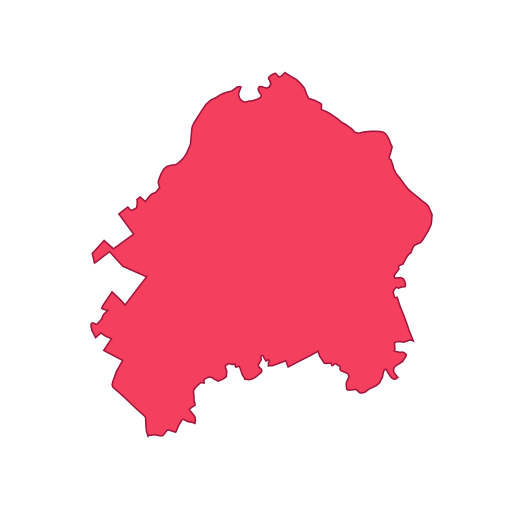 outline of Vinh Yen, Vĩnh Phúc, Vietnam, rotated 340°
{"feature_id": "81297802B55955468315553", "entity_name": "Vinh Yen", "entity_type": "district", "adm_level": 2, "iso_a3": "VNM", "parent_name": "Vietnam", "parent_adm1": "Vĩnh Phúc", "projection": "albers", "projection_center": [105.597, 21.306], "detail": "fine", "context": "isolated", "style": "filled", "palette": "rose", "viewbox_px": 512, "rotation_deg": 340, "n_neighbors": 0, "source": "geoboundaries", "source_scale": "gbopen_adm2", "svg_char_len": 5214}
<svg xmlns="http://www.w3.org/2000/svg" viewBox="0 0 512 512"><g transform="rotate(340 256 256)"><path d="M345.9,93.5L343.1,94.9L341.0,95.6L339.5,95.6L338.6,95.1L338.4,95.0L337.5,92.3L336.5,90.8L335.2,90.8L332.3,91.2L329.6,92.2L328.6,92.9L328.5,94.2L328.8,95.1L328.9,96.0L328.7,97.5L328.7,99.0L329.0,99.6L326.9,100.8L326.5,101.9L325.1,101.6L323.7,102.1L321.6,100.7L319.3,98.8L317.5,98.0L316.1,98.5L315.1,99.8L314.9,100.9L315.3,104.1L316.0,106.1L315.7,107.4L314.5,108.5L311.5,109.1L305.5,108.9L302.0,107.9L299.1,107.9L297.2,106.9L295.4,104.6L294.6,102.1L294.7,99.5L295.2,97.5L296.7,95.5L299.7,92.2L298.7,91.2L296.2,90.7L292.6,91.8L289.7,92.7L287.8,92.5L285.9,92.2L280.3,92.0L276.7,92.5L272.9,93.4L269.0,93.8L267.1,93.9L261.0,96.3L256.2,99.7L251.1,103.6L243.5,109.5L240.5,112.4L239.1,114.8L232.8,128.2L230.8,130.6L225.6,136.0L221.3,139.2L217.0,141.1L213.2,142.5L211.0,142.6L207.1,141.6L202.7,141.4L199.2,142.7L194.7,146.5L191.0,150.8L189.5,152.8L189.0,155.3L189.0,158.6L187.4,159.5L183.5,161.9L181.0,162.0L179.5,162.0L177.2,162.9L170.8,166.9L170.7,167.0L167.3,160.9L163.5,162.1L163.1,164.0L161.8,167.2L160.2,169.9L154.9,170.6L153.6,169.5L152.3,166.1L141.5,169.6L148.5,193.6L124.5,200.5L118.6,189.4L105.6,196.3L103.0,197.6L101.8,207.4L103.4,207.1L117.3,202.6L119.9,201.8L127.4,220.2L146.1,238.1L116.2,257.2L113.7,251.0L108.5,240.5L95.2,250.1L93.0,252.4L94.2,253.8L98.1,256.4L92.9,258.7L91.7,259.7L89.6,262.3L83.6,265.5L82.5,265.6L79.9,263.1L78.9,262.9L78.0,263.3L76.9,265.4L76.4,270.5L77.0,275.2L77.3,277.9L83.9,275.3L85.6,277.7L87.1,279.8L91.9,284.3L84.0,290.1L80.6,292.7L95.0,308.5L85.5,316.6L78.5,325.0L76.9,327.5L76.6,329.3L76.7,330.5L78.4,333.4L83.8,343.5L90.7,357.3L96.8,368.9L96.9,370.1L93.9,379.9L93.7,381.0L93.1,383.3L92.9,388.5L93.9,387.9L95.6,388.4L99.1,389.1L104.7,392.3L106.7,392.9L106.8,392.9L108.4,392.2L111.9,389.9L112.9,389.5L114.1,389.6L115.7,390.6L118.4,392.8L120.3,394.1L126.3,387.9L130.5,384.6L132.2,384.8L134.3,387.3L135.5,388.5L136.9,389.3L139.5,390.8L141.3,392.5L142.7,390.2L143.5,387.0L143.6,386.5L143.5,385.5L142.1,381.4L141.0,378.4L140.9,377.2L144.6,376.0L147.5,375.5L148.3,373.6L148.3,370.7L149.8,366.3L150.6,362.9L151.3,361.0L154.2,359.0L157.3,357.4L161.1,356.1L162.9,357.2L163.7,357.7L164.1,357.2L164.1,355.7L164.6,354.9L165.4,354.2L167.5,353.7L169.7,353.7L171.5,354.0L173.1,355.3L174.2,356.8L177.6,360.7L182.6,360.4L186.8,359.3L188.4,355.8L189.1,354.7L189.2,350.6L189.4,348.9L193.2,347.7L194.4,348.1L196.6,350.0L198.3,350.1L199.4,350.1L199.2,351.4L198.7,352.4L199.1,353.6L200.4,353.7L202.0,353.6L202.5,354.7L202.7,356.8L202.5,361.1L202.5,363.5L203.2,365.5L203.3,368.0L204.9,368.7L206.7,369.7L208.2,370.1L211.4,370.2L213.9,369.8L221.3,367.1L222.3,365.4L222.3,364.3L221.7,363.0L220.9,361.5L220.7,360.4L220.9,359.2L222.3,358.0L224.5,356.2L225.5,355.0L225.9,353.5L225.9,352.8L226.3,352.0L227.1,351.6L228.1,351.6L228.6,352.7L228.8,355.1L229.1,356.8L229.5,358.2L230.8,358.0L231.4,357.5L232.0,357.4L232.4,358.4L232.3,359.5L231.1,360.7L230.0,363.5L234.1,364.7L245.9,364.7L248.1,364.3L248.2,371.3L260.0,369.7L272.7,368.2L281.6,366.7L281.6,372.1L283.5,380.2L285.7,381.1L286.5,381.4L288.2,381.8L289.3,382.0L289.7,382.7L289.8,384.0L290.0,385.1L290.9,385.1L292.9,384.1L294.2,384.5L295.4,386.5L297.3,388.7L296.2,390.9L296.4,392.7L300.1,396.0L302.1,398.2L302.2,401.1L299.0,404.4L297.7,405.7L296.9,407.4L295.7,412.2L296.4,413.4L298.5,414.2L301.6,414.9L303.7,415.4L305.0,416.6L305.6,418.0L306.4,419.7L308.0,420.8L311.4,421.3L317.8,419.5L320.8,419.3L324.5,419.0L326.9,418.2L329.1,417.2L330.4,415.7L333.3,413.3L335.2,410.0L336.9,407.6L337.9,406.7L338.7,406.6L339.3,407.0L339.8,408.8L340.1,411.1L341.1,415.1L341.7,416.7L342.6,418.1L343.8,419.1L345.2,419.4L347.8,418.6L346.0,413.7L345.8,412.0L346.3,409.9L347.7,408.1L349.6,407.0L354.4,406.1L357.4,405.4L361.9,402.2L363.6,400.3L363.6,400.1L362.0,397.4L360.4,396.2L358.5,395.9L353.4,392.7L354.9,390.5L355.9,386.8L356.6,385.0L357.3,384.6L359.4,384.8L363.2,386.3L365.6,387.6L371.6,387.5L373.3,388.3L374.8,389.7L374.4,378.4L374.6,371.0L374.6,363.9L374.2,353.3L374.4,346.9L374.5,343.0L372.6,342.8L372.0,342.2L372.2,340.3L372.4,338.6L372.4,336.9L374.8,334.5L377.0,333.5L377.7,333.8L378.9,335.0L382.8,335.0L384.5,335.7L385.7,335.7L386.4,334.8L387.1,331.6L387.1,329.7L386.6,327.7L384.7,325.8L380.9,324.8L379.2,324.4L378.7,322.7L379.7,321.2L381.8,319.8L385.0,317.8L386.0,317.0L386.0,315.6L386.6,314.5L387.6,313.9L391.2,313.9L394.4,311.0L397.4,308.5L400.0,306.7L402.7,306.0L403.5,304.9L406.3,301.9L408.3,300.2L409.5,300.1L415.1,299.6L417.3,298.6L426.5,291.3L431.0,286.7L432.7,283.9L435.1,278.4L435.6,277.4L435.0,268.1L433.4,264.7L430.6,260.4L428.2,256.1L423.9,249.1L422.2,245.9L421.3,243.5L419.9,239.4L417.7,231.7L415.8,226.3L415.3,220.6L415.7,217.5L415.7,211.7L414.8,210.6L414.7,209.1L416.8,206.4L420.1,201.8L421.2,200.0L421.3,198.7L421.0,197.6L420.9,191.5L420.1,187.2L419.2,184.8L417.5,182.8L414.1,180.9L407.9,178.5L403.0,177.1L399.6,176.3L394.7,175.8L392.7,174.6L391.2,173.5L389.4,169.1L387.5,166.5L385.1,162.8L382.2,159.7L379.6,155.0L377.0,151.4L374.2,147.5L372.3,145.2L367.5,140.7L369.5,135.9L368.8,134.6L364.3,129.6L359.4,126.0L358.9,122.1L358.9,114.8L357.0,109.3L354.2,103.8L350.0,98.9L345.9,93.5Z" fill="#f43f5e" stroke="#9f1239" stroke-width="1.5"/></g></svg>